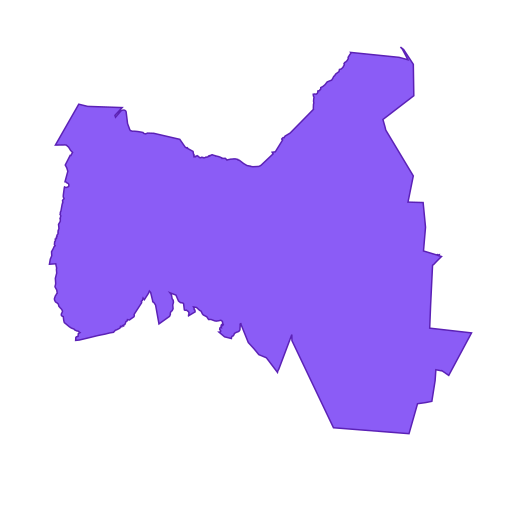 the district of Peñamiller, Querétaro, Mexico, rotated 354°
{"feature_id": "50627088B47051465612575", "entity_name": "Peñamiller", "entity_type": "district", "adm_level": 2, "iso_a3": "MEX", "parent_name": "Mexico", "parent_adm1": "Querétaro", "projection": "natural_earth1", "projection_center": [-99.898, 21.09], "detail": "fine", "context": "isolated", "style": "filled", "palette": "violet", "viewbox_px": 512, "rotation_deg": 354, "n_neighbors": 0, "source": "geoboundaries", "source_scale": "gbopen_adm2", "svg_char_len": 5919}
<svg xmlns="http://www.w3.org/2000/svg" viewBox="0 0 512 512"><g transform="rotate(354 256 256)"><path d="M68.1,124.7L76.8,125.5L77.0,125.4L79.0,125.9L80.0,127.1L81.0,128.1L82.6,131.5L84.4,133.8L82.4,136.7L81.7,136.5L75.8,145.6L77.0,148.5L77.7,152.1L73.8,162.2L74.6,162.4L75.5,163.4L76.7,164.2L77.2,164.9L77.3,165.7L77.1,167.0L76.7,167.4L74.9,168.0L73.7,167.9L72.8,167.3L72.5,168.0L70.7,175.4L70.5,176.9L70.7,177.8L71.1,178.5L71.1,179.0L69.9,179.9L69.3,180.8L69.6,182.3L69.1,183.0L69.1,183.6L68.7,184.0L66.7,190.9L66.0,192.0L65.8,193.5L65.5,194.0L65.5,194.3L65.8,194.8L66.0,195.3L66.0,195.8L65.9,196.2L65.0,198.3L65.3,198.4L65.0,201.0L62.9,203.9L62.9,206.7L62.9,208.2L62.4,208.9L62.2,209.8L61.9,210.0L61.8,210.3L61.9,210.6L61.5,211.5L61.7,211.8L61.6,212.0L61.7,212.5L61.5,212.8L61.4,213.3L60.6,214.0L60.4,214.4L60.1,214.9L60.0,215.3L60.2,215.7L59.9,216.2L59.4,216.4L59.3,216.7L59.3,217.0L59.5,217.4L59.1,217.9L58.7,218.1L58.2,218.1L58.1,218.6L58.1,219.9L57.7,220.4L57.2,220.9L57.1,221.2L57.2,222.0L56.8,222.8L56.7,223.4L56.8,224.0L57.3,224.6L56.8,225.3L56.0,225.8L55.3,227.2L53.1,230.4L52.9,234.4L51.1,237.6L49.7,242.6L56.0,242.8L56.5,247.3L56.3,247.7L56.1,248.7L56.0,252.2L54.1,257.2L53.9,262.4L53.5,263.9L53.0,265.0L52.9,265.6L53.0,266.0L53.6,267.4L54.3,269.0L54.4,271.9L54.4,272.3L53.7,272.8L53.3,273.4L53.0,273.9L52.6,274.3L52.3,274.7L51.1,277.2L51.0,277.9L51.1,278.9L51.7,280.5L52.0,280.9L53.6,282.2L54.4,283.3L54.7,285.4L55.8,287.0L57.1,288.7L57.8,290.5L57.6,291.3L57.0,292.3L56.4,293.2L56.2,294.0L56.2,294.6L56.9,295.6L58.0,296.1L58.0,298.5L58.1,300.4L58.4,302.2L60.0,303.8L62.9,306.8L64.6,308.2L65.8,308.9L67.2,309.5L68.0,310.6L70.0,311.8L71.2,312.1L73.0,313.8L71.2,314.6L70.6,317.3L68.9,317.6L68.3,318.2L67.8,321.1L71.6,321.1L80.8,319.9L90.3,318.6L93.3,318.3L97.7,317.9L102.6,317.2L106.3,317.0L108.4,315.1L109.6,314.9L112.9,313.6L113.5,313.0L113.9,311.8L115.1,312.4L115.9,311.2L117.0,311.8L117.5,310.6L118.4,310.4L119.6,308.2L119.8,307.6L121.2,307.0L121.5,305.8L123.4,306.4L128.2,303.7L128.7,302.8L128.7,301.3L137.4,290.5L137.2,289.0L138.3,288.4L139.3,286.0L140.4,287.8L145.2,281.8L146.3,279.7L147.4,281.2L148.5,289.5L148.5,290.7L149.6,291.6L151.0,294.3L152.4,313.4L163.7,307.0L164.7,305.2L164.8,303.8L165.7,302.3L166.9,301.6L168.0,299.8L168.1,296.0L169.1,293.3L169.0,291.3L168.1,289.7L168.0,287.7L167.8,285.5L166.6,283.6L172.3,286.5L174.2,292.6L176.0,294.5L178.2,295.0L179.0,295.9L179.1,302.1L179.4,302.4L180.0,302.6L181.2,302.6L182.7,304.0L183.4,305.2L183.2,306.4L183.2,307.0L182.7,307.7L182.7,308.4L189.6,305.2L189.6,303.4L188.9,302.8L189.0,301.7L188.5,300.1L191.5,301.0L194.2,304.1L195.6,305.1L196.6,307.9L197.4,309.1L200.7,311.3L202.2,314.2L204.6,314.4L208.2,316.2L209.8,316.6L212.2,316.5L214.3,316.2L215.6,317.4L215.9,318.3L215.7,319.1L216.2,320.6L215.7,320.6L215.7,321.5L215.1,321.8L214.6,320.8L214.1,321.2L214.1,323.5L213.5,323.0L212.5,323.9L212.2,325.4L213.0,326.3L213.0,327.2L212.5,327.8L211.2,327.8L216.3,333.1L222.9,335.5L223.2,334.3L223.8,333.3L225.1,333.0L225.9,331.9L226.4,330.8L228.6,329.8L230.2,329.5L231.4,328.9L232.3,327.7L232.5,326.2L233.0,323.8L233.0,322.6L233.4,321.7L233.9,321.7L233.9,322.3L239.3,341.3L244.2,347.9L248.5,354.4L255.7,358.3L265.2,374.0L265.7,372.5L266.8,371.0L283.4,337.9L282.9,343.9L315.1,434.9L339.9,439.5L389.6,448.7L401.2,419.8L409.6,419.5L415.7,418.9L421.1,398.7L423.0,387.9L428.5,389.6L428.8,389.4L435.2,394.9L462.3,355.0L421.2,345.9L424.6,322.6L430.6,283.8L430.8,283.5L431.7,283.1L435.1,280.2L440.4,275.9L437.7,274.7L438.3,273.8L438.1,273.8L437.7,274.1L437.1,274.4L437.1,274.5L436.9,274.4L437.0,274.2L436.8,273.8L436.5,273.5L435.7,273.8L423.1,268.5L427.6,245.1L427.8,220.3L412.8,218.3L420.8,192.8L398.2,144.3L397.8,141.1L396.5,133.5L429.7,113.1L432.5,81.8L424.4,66.1L421.5,63.3L423.2,65.6L427.6,76.7L419.1,73.4L371.3,63.4L371.6,64.2L370.3,65.6L368.4,68.0L368.4,69.3L367.0,71.2L365.5,72.4L364.5,72.8L363.6,73.9L363.8,75.1L363.2,76.1L362.7,76.5L362.4,77.3L361.4,78.1L360.1,79.0L358.5,79.2L357.8,81.3L354.2,83.4L353.1,84.9L352.1,85.5L350.9,87.4L349.5,89.1L348.8,89.2L345.0,90.3L342.6,92.8L340.4,94.3L338.0,95.3L337.8,96.8L337.0,97.3L336.7,98.0L336.3,98.2L334.8,98.3L334.7,98.4L334.6,99.7L333.9,100.7L332.7,101.4L331.3,101.0L329.8,101.1L329.8,102.8L330.3,104.3L329.9,105.5L329.4,108.1L329.5,109.8L329.0,111.2L328.6,114.0L328.4,115.8L328.5,116.1L302.8,137.3L297.4,139.8L296.3,141.3L295.9,141.1L295.3,141.1L294.7,141.6L294.0,142.1L294.0,142.4L293.9,142.6L294.6,143.4L286.1,154.4L282.9,154.5L283.7,156.2L270.5,166.3L269.1,166.9L268.1,167.2L262.2,166.9L259.9,166.3L259.9,166.1L256.5,165.1L253.4,162.8L249.4,159.0L248.3,158.8L248.1,158.1L245.7,157.3L244.3,157.1L241.6,157.1L241.3,157.0L240.3,157.1L239.3,157.2L237.7,157.4L237.2,157.6L236.5,156.6L236.3,156.4L235.6,155.6L234.9,155.6L232.4,155.4L232.3,154.8L231.5,154.5L231.3,154.3L230.4,153.8L230.2,153.7L229.9,153.6L229.4,153.3L226.3,152.2L226.2,152.3L225.6,151.8L224.8,151.6L223.2,150.8L222.8,150.7L222.6,150.8L222.3,150.9L221.7,151.1L221.2,151.2L220.8,151.3L220.3,151.3L219.9,151.4L219.6,151.5L219.8,151.8L219.5,151.8L218.9,152.1L218.4,152.4L217.7,152.5L217.0,152.6L216.9,152.6L216.8,152.4L216.7,152.4L216.4,152.4L216.0,152.6L215.7,152.8L215.2,152.9L214.9,152.9L214.6,153.0L213.9,152.8L213.4,152.3L212.8,152.4L212.2,152.1L211.8,152.3L211.3,152.5L210.1,152.2L209.2,151.0L208.0,150.1L207.7,150.4L206.9,150.3L206.2,150.7L206.1,151.0L204.8,150.9L204.7,150.9L204.7,150.3L204.8,150.3L205.0,149.1L204.6,149.0L204.3,145.4L199.0,141.7L199.2,141.4L198.9,141.0L198.7,141.0L198.3,141.3L197.0,140.4L192.4,132.0L167.2,123.3L161.4,122.5L161.2,122.4L158.8,123.0L157.1,122.3L156.6,121.4L155.7,121.1L154.8,120.8L152.0,120.0L151.2,119.8L149.8,119.5L148.8,119.3L147.6,119.1L146.1,119.0L144.2,118.1L143.6,117.0L143.3,115.6L142.1,110.9L141.9,99.1L141.6,98.2L141.2,97.7L140.1,97.1L139.3,97.0L138.2,97.1L137.1,97.4L130.8,103.3L130.4,101.4L138.4,94.4L104.2,89.6L95.6,86.5L68.1,124.7Z" fill="#8b5cf6" stroke="#5b21b6" stroke-width="1.5"/></g></svg>